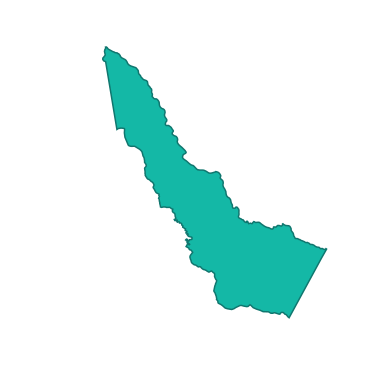 the district of Moju, Pará, Brazil, rotated 299°
{"feature_id": "56859067B36583280657778", "entity_name": "Moju", "entity_type": "district", "adm_level": 2, "iso_a3": "BRA", "parent_name": "Brazil", "parent_adm1": "Pará", "projection": "natural_earth1", "projection_center": [-48.984, -2.536], "detail": "fine", "context": "isolated", "style": "filled", "palette": "teal", "viewbox_px": 384, "rotation_deg": 299, "n_neighbors": 0, "source": "geoboundaries", "source_scale": "gbopen_adm2", "svg_char_len": 6119}
<svg xmlns="http://www.w3.org/2000/svg" viewBox="0 0 384 384"><g transform="rotate(299 192 192)"><path d="M210.3,96.0L211.7,96.7L213.3,98.6L214.0,100.0L214.7,102.1L214.3,102.6L210.9,104.2L207.4,106.8L202.1,113.5L201.9,114.5L202.1,115.5L202.4,116.5L204.1,119.5L204.2,120.0L204.0,125.4L203.7,126.8L203.1,128.4L202.5,129.2L199.8,131.7L198.8,133.4L196.3,135.4L195.0,136.1L193.8,138.4L193.0,139.1L192.0,139.4L190.3,139.0L189.7,139.1L186.8,141.3L185.6,141.8L185.2,142.3L183.8,143.1L182.1,146.2L181.9,146.8L181.9,147.5L182.1,148.5L182.0,149.2L181.4,151.2L181.5,151.9L181.0,153.7L179.8,155.3L178.9,155.6L177.8,155.6L177.2,155.8L176.8,156.2L176.1,157.7L174.8,159.6L174.1,160.9L174.0,162.2L174.2,164.0L173.9,164.4L172.9,164.7L172.2,165.7L170.3,165.8L169.7,166.9L168.3,167.8L166.9,169.1L166.4,169.3L164.7,170.9L163.6,171.7L163.8,172.8L165.1,174.3L166.0,176.1L166.2,177.3L167.8,180.0L167.8,180.6L167.4,182.1L167.7,183.5L167.1,183.8L166.0,183.9L165.4,184.5L165.0,185.5L164.9,187.0L164.5,187.7L162.2,189.4L161.8,190.0L161.1,190.6L160.2,190.5L159.4,189.8L158.7,190.8L158.9,191.3L159.3,191.8L160.1,192.2L160.2,192.7L159.7,193.1L158.7,193.2L158.6,194.0L159.2,194.4L159.4,194.8L159.6,195.5L158.8,196.1L159.4,197.0L159.3,198.2L158.3,199.0L158.0,199.5L158.1,200.2L157.7,200.6L157.2,200.7L156.7,201.0L156.7,202.6L156.4,203.1L156.6,204.2L155.1,204.7L155.2,205.8L155.2,206.3L154.9,206.8L153.8,206.4L153.3,206.5L153.5,208.5L153.1,209.0L152.4,208.4L152.0,209.4L151.7,209.8L151.6,210.9L152.3,213.5L152.2,214.0L150.8,214.8L150.4,214.8L149.1,213.0L147.9,213.1L147.6,212.7L148.3,210.7L148.3,210.2L147.6,209.8L147.0,209.7L147.0,210.2L146.6,210.8L147.0,212.1L146.5,212.6L145.6,212.1L145.2,212.6L145.4,213.6L145.4,214.1L145.4,214.8L145.1,215.3L144.4,215.1L144.6,214.0L144.5,213.3L141.4,213.3L141.4,216.4L140.5,217.4L140.4,218.3L140.7,219.3L140.6,219.7L139.6,221.8L135.8,221.3L135.1,221.4L134.1,221.7L132.3,223.4L131.7,224.3L130.7,225.1L130.1,225.8L129.7,226.9L129.4,229.3L129.7,229.8L129.9,230.7L129.5,233.8L130.4,234.9L130.7,235.7L130.1,237.2L129.8,238.8L129.8,239.8L130.1,240.5L130.3,242.6L130.1,243.4L130.1,245.4L130.4,245.9L131.9,246.9L132.4,247.5L131.8,249.7L131.7,251.1L130.5,252.0L129.0,252.7L127.6,254.5L127.0,255.4L126.9,256.0L126.5,256.5L124.8,257.0L123.4,257.0L122.5,257.4L121.6,257.4L120.3,257.7L116.2,259.0L115.6,259.6L115.1,260.8L112.6,263.7L110.7,265.3L109.8,265.6L109.4,267.1L108.8,267.7L107.7,268.5L107.5,269.1L107.6,272.0L107.4,273.7L106.6,277.2L107.0,279.4L108.5,283.7L110.3,285.3L112.2,286.3L116.0,289.0L116.8,290.3L117.3,292.5L118.3,295.5L119.1,296.5L121.5,297.4L121.4,298.6L120.5,301.6L120.8,305.1L121.6,309.0L121.8,312.2L124.3,317.0L124.2,319.7L125.1,321.4L126.2,322.4L126.5,322.9L127.4,327.4L127.8,328.1L129.0,328.1L130.1,328.7L130.8,330.0L130.8,330.5L130.2,332.5L130.4,333.7L130.1,334.8L129.4,336.2L129.1,337.9L196.7,337.3L207.3,337.4L207.4,336.6L206.2,336.4L205.7,334.6L205.8,333.6L205.6,333.0L204.9,332.3L204.8,331.8L205.2,329.9L204.6,328.5L204.3,327.5L204.3,326.1L204.6,324.2L204.3,322.3L203.7,321.4L203.5,320.8L203.9,319.7L203.8,317.3L203.1,316.4L202.9,315.8L203.0,314.1L202.7,311.5L202.5,310.9L202.7,309.2L202.4,308.7L202.3,308.2L202.5,307.2L201.5,305.0L201.6,304.4L202.1,303.9L202.9,302.4L204.7,300.8L205.1,300.3L206.3,297.6L206.7,297.2L207.9,296.5L208.9,295.2L209.4,294.1L209.4,293.0L208.1,290.1L208.0,288.2L208.3,286.9L207.9,286.7L207.4,287.1L206.9,287.1L206.0,287.0L205.6,286.8L205.2,285.7L205.0,284.6L204.4,283.3L203.9,283.0L202.0,282.4L201.1,280.4L200.7,280.3L199.9,280.7L199.4,280.7L198.4,280.1L198.2,279.5L198.0,278.2L198.1,277.4L197.7,275.4L197.4,274.9L197.2,272.3L197.6,268.3L198.0,266.4L198.0,265.3L197.4,264.2L196.3,262.6L196.1,262.0L196.2,260.9L196.1,260.4L194.5,260.0L194.0,260.1L193.5,259.9L193.3,259.5L193.1,258.3L191.8,256.9L193.1,255.1L193.2,254.5L192.9,254.1L191.9,254.5L191.5,253.8L191.6,252.9L191.4,252.4L192.2,250.9L192.4,250.2L192.1,249.0L192.3,247.9L192.1,246.6L192.2,245.4L192.4,245.0L193.2,244.4L194.9,244.1L195.8,243.6L196.7,243.0L198.5,242.1L199.6,241.2L199.9,240.1L200.5,239.3L200.5,238.8L200.4,238.3L200.2,237.8L199.1,237.7L198.7,237.4L197.9,236.1L197.8,235.7L198.1,235.1L198.8,234.4L200.1,233.7L201.6,231.5L204.0,229.4L204.6,228.2L204.9,227.0L204.8,225.9L205.0,225.3L205.4,224.3L205.7,223.9L206.9,222.7L208.9,221.3L210.5,219.1L211.4,217.4L212.4,216.2L213.6,215.4L214.9,215.0L215.7,214.5L216.5,213.8L217.0,212.9L217.3,211.3L217.8,210.0L218.2,209.7L219.2,209.6L220.4,209.1L221.5,207.2L221.8,206.3L221.9,205.0L221.4,202.9L221.0,202.8L218.6,200.5L217.5,199.2L217.0,198.2L216.8,197.2L217.0,194.2L216.8,191.8L216.1,190.2L215.0,188.3L214.2,186.1L214.3,185.1L215.6,181.0L215.7,179.9L215.4,178.9L215.3,177.7L215.6,175.6L216.4,172.2L216.7,169.4L216.9,168.2L217.4,167.3L217.8,166.8L219.9,166.2L221.2,166.6L222.7,167.6L223.6,167.7L224.0,167.5L224.9,165.8L226.1,161.6L226.5,159.4L227.0,157.4L227.8,155.7L229.1,154.5L230.6,154.2L231.8,153.3L232.4,152.5L232.8,151.5L232.9,150.9L232.6,149.1L232.7,148.1L233.1,146.6L234.3,146.0L235.7,146.2L236.3,146.1L236.7,145.7L237.4,144.2L238.4,142.5L238.6,141.4L238.8,139.5L238.7,139.0L237.9,137.7L237.7,137.1L238.0,136.2L238.3,135.8L240.1,135.2L241.9,135.5L242.4,135.2L243.2,134.7L244.6,131.9L245.3,131.1L246.2,130.5L248.7,129.8L250.0,128.7L250.5,127.8L250.7,126.8L250.5,125.2L250.5,124.5L251.0,122.9L251.6,122.0L252.3,121.3L254.5,119.8L255.2,118.9L255.9,117.4L256.2,115.9L255.3,114.0L255.3,113.3L256.2,110.9L256.5,110.6L257.5,110.4L258.4,109.9L259.2,108.7L260.1,108.0L261.4,107.5L262.4,106.7L262.8,105.3L263.4,104.3L263.8,103.3L263.9,102.6L264.2,101.9L264.8,101.2L266.9,99.5L267.3,98.3L267.2,97.4L266.8,95.0L268.0,91.4L268.8,90.5L269.6,88.1L270.5,87.3L272.0,86.2L272.5,85.4L273.3,83.3L273.5,82.6L272.6,77.6L272.5,75.7L273.1,73.6L274.4,71.9L275.2,70.3L275.4,69.2L275.3,65.5L275.8,63.7L276.6,62.9L277.4,60.8L277.1,59.9L277.4,59.4L276.5,56.7L276.7,56.3L276.4,54.5L276.4,49.8L276.5,49.2L277.2,47.7L277.3,46.7L276.8,46.1L276.0,46.8L275.3,46.9L274.9,46.7L274.4,46.7L274.0,47.0L273.0,47.1L272.5,47.3L269.9,49.6L269.0,49.7L267.7,49.4L267.3,49.5L266.1,49.1L265.2,49.4L264.6,49.8L263.9,51.2L264.1,53.3L210.3,96.0Z" fill="#14b8a6" stroke="#0f766e" stroke-width="1.5"/></g></svg>